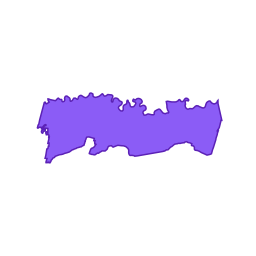 Varfu Campului, Botosani, Romania (Natural Earth projection), rotated 131°
{"feature_id": "2599482B97560889775117", "entity_name": "Varfu Campului", "entity_type": "district", "adm_level": 2, "iso_a3": "ROU", "parent_name": "Romania", "parent_adm1": "Botosani", "projection": "natural_earth1", "projection_center": [26.332, 47.846], "detail": "fine", "context": "isolated", "style": "filled", "palette": "violet", "viewbox_px": 256, "rotation_deg": 131, "n_neighbors": 0, "source": "geoboundaries", "source_scale": "gbopen_adm2", "svg_char_len": 5925}
<svg xmlns="http://www.w3.org/2000/svg" viewBox="0 0 256 256"><g transform="rotate(131 128 128)"><path d="M184.7,197.8L187.3,196.5L187.3,196.4L187.3,196.0L186.9,195.7L185.7,195.4L185.2,195.0L184.3,193.7L183.9,193.3L183.1,193.0L181.5,193.1L180.4,193.0L179.5,192.4L179.5,191.8L180.1,191.6L181.0,192.4L181.8,192.4L182.8,191.7L183.7,190.4L184.3,190.4L184.5,190.7L183.8,192.2L184.2,192.9L184.9,193.3L185.4,192.8L185.2,191.9L185.6,191.3L185.8,191.2L186.3,191.4L186.7,191.4L187.4,191.1L187.9,190.5L188.2,189.8L188.0,189.1L187.6,189.0L186.5,189.5L186.1,189.5L185.3,189.3L184.9,188.8L184.5,188.7L182.1,190.0L180.9,188.2L184.6,185.0L184.6,185.4L184.3,186.1L184.3,187.1L184.5,187.2L184.9,187.2L185.7,186.9L186.0,186.1L186.6,185.4L186.7,185.2L185.7,184.3L185.2,183.2L185.3,182.9L187.1,181.7L186.7,181.4L192.2,178.4L191.2,177.6L193.7,175.8L194.0,176.2L195.5,175.3L196.5,175.1L197.1,175.5L202.7,172.0L205.3,170.7L204.2,169.1L207.5,167.6L207.8,167.3L207.4,167.1L207.6,166.7L207.2,166.3L206.7,166.2L206.7,165.9L206.2,165.8L206.2,165.3L205.7,165.1L205.9,164.6L205.4,164.0L203.8,164.3L202.5,164.9L201.8,164.7L199.9,164.9L198.5,164.2L197.9,164.2L197.4,164.4L197.1,164.3L193.7,162.5L192.7,161.8L192.0,161.1L190.5,160.0L188.6,159.1L186.9,157.9L184.5,156.5L181.0,155.7L179.8,154.9L179.4,154.9L178.5,154.4L177.7,153.8L176.7,153.6L174.0,151.8L173.8,151.8L173.4,151.4L172.8,150.9L171.2,150.6L170.2,150.0L169.8,150.1L169.5,150.0L168.9,150.5L168.0,150.7L166.8,151.4L166.3,151.3L165.6,152.0L164.6,152.2L162.8,153.0L162.3,153.0L161.9,153.1L160.4,151.7L158.0,146.6L160.0,145.5L159.2,144.6L160.6,143.8L161.8,142.6L161.3,141.8L161.3,141.5L164.4,141.1L166.1,141.5L167.3,142.2L168.5,142.2L172.6,140.6L172.7,140.4L172.5,139.8L171.6,137.8L171.0,137.1L170.5,136.0L169.8,135.3L167.4,134.7L166.8,134.4L166.5,133.8L166.1,133.6L164.9,133.4L163.7,132.9L162.3,132.5L161.7,131.8L160.4,130.2L157.8,129.8L155.0,130.7L154.4,130.6L153.0,129.6L152.3,129.0L152.2,128.7L152.3,127.5L152.2,126.7L149.5,125.3L148.0,124.5L147.5,124.0L145.8,121.5L144.4,119.7L143.6,117.8L143.4,116.7L143.5,115.8L143.4,115.0L143.8,113.8L144.2,113.0L146.4,111.1L147.2,109.8L147.4,109.0L147.3,108.4L146.0,107.0L145.2,105.7L144.9,105.2L144.9,104.5L143.1,102.8L123.1,86.5L122.0,85.7L121.6,85.7L121.3,85.2L120.0,84.8L119.3,84.8L119.0,84.3L118.2,83.5L114.4,83.3L113.4,82.8L109.7,82.2L108.3,81.2L107.8,80.6L106.8,80.1L106.1,79.4L105.3,78.4L104.4,77.9L104.0,77.4L103.1,76.9L102.4,75.9L101.6,75.9L100.1,75.1L99.7,74.3L99.8,73.9L99.6,73.2L98.5,71.3L98.0,69.5L99.2,69.0L99.5,68.6L99.4,68.1L98.6,66.9L98.7,66.1L99.2,65.0L100.4,64.1L100.7,63.3L100.7,62.9L100.5,62.4L99.5,60.9L98.8,59.0L98.4,56.5L96.9,51.7L96.9,51.2L96.5,50.5L94.0,48.7L92.7,48.1L88.8,50.0L86.8,50.7L79.3,54.0L77.9,54.9L74.5,56.3L72.2,57.7L72.1,58.0L71.7,57.7L71.4,58.7L70.9,58.4L70.9,58.7L70.5,58.9L70.2,58.7L70.0,58.8L70.0,59.1L69.8,59.1L69.6,59.0L67.8,59.4L62.1,62.3L61.3,62.9L60.7,62.2L50.4,76.2L48.2,78.2L49.1,78.2L50.3,77.7L50.9,77.7L51.9,78.0L53.3,78.7L53.7,79.5L54.2,81.4L53.8,83.8L54.4,84.5L55.8,85.1L57.2,85.3L58.9,84.8L61.2,83.7L61.9,83.7L63.0,83.9L63.6,84.5L64.1,85.3L65.2,88.7L65.2,89.3L66.1,90.8L67.3,91.4L69.6,91.6L71.0,91.9L71.6,92.5L72.7,94.1L74.5,95.0L74.9,96.2L74.8,97.7L74.4,98.6L73.3,100.0L72.9,99.9L72.3,100.2L70.7,102.1L69.9,102.3L69.3,102.2L68.9,101.9L68.0,100.3L67.2,100.4L67.0,100.6L66.7,101.5L66.9,103.0L67.5,103.8L68.1,104.1L69.4,104.2L71.1,103.8L72.3,104.2L72.8,104.8L73.1,105.6L73.1,106.0L72.7,106.7L72.8,107.8L73.7,108.2L74.5,108.0L76.6,108.8L77.5,109.6L79.7,112.2L81.8,115.7L82.9,116.5L85.2,113.7L87.1,111.9L88.4,109.9L89.2,107.8L89.6,107.5L90.1,107.4L90.9,108.3L92.8,109.3L93.6,110.9L93.7,111.8L93.0,115.8L93.2,116.7L93.6,117.2L95.3,118.0L97.8,118.8L99.3,118.3L100.3,117.3L101.1,117.3L102.3,118.6L104.1,121.9L104.7,122.4L106.5,123.1L107.5,124.0L107.7,124.4L107.6,124.9L107.2,125.4L106.8,126.6L106.1,127.1L105.5,127.3L104.6,127.3L103.0,126.7L102.4,126.7L101.5,127.1L100.5,128.3L100.3,128.7L100.2,129.7L100.3,130.5L100.7,131.2L101.5,131.9L103.3,132.6L103.7,132.8L103.8,133.2L103.3,134.0L102.3,134.6L101.6,134.6L99.9,134.1L98.8,134.6L98.2,135.5L97.9,136.7L98.1,138.1L98.4,138.8L98.9,139.6L99.9,140.4L101.7,140.8L102.2,141.1L102.4,141.4L102.5,142.5L102.7,142.8L103.0,142.8L104.3,142.3L104.6,141.8L104.5,141.2L103.8,139.7L103.9,138.8L104.3,138.2L105.2,137.9L107.8,137.7L108.2,137.7L108.8,138.2L109.8,139.2L110.0,139.6L110.0,140.3L109.7,141.0L108.3,143.0L108.1,144.6L107.2,146.1L107.3,146.5L107.6,146.7L108.4,146.5L110.0,145.3L110.6,145.1L111.4,145.2L113.3,146.0L114.5,145.9L115.5,145.3L116.9,143.9L117.9,143.4L118.7,143.4L119.5,144.2L119.8,144.7L119.9,145.4L119.6,147.6L119.0,148.5L118.3,148.9L117.4,149.0L115.1,148.4L114.1,148.4L113.2,148.7L112.4,149.4L112.5,150.4L113.1,152.5L112.6,153.9L112.6,154.9L112.8,155.8L113.4,156.9L114.3,157.6L115.1,157.8L116.2,157.7L118.2,156.7L118.7,156.9L118.9,157.3L118.7,158.0L118.1,158.6L116.7,159.3L115.1,159.6L114.0,160.3L113.6,161.0L113.8,162.1L116.0,165.2L118.1,165.7L119.2,166.4L119.4,166.9L119.4,167.3L118.9,169.4L119.1,169.9L122.8,170.5L125.0,171.7L126.3,172.7L126.9,174.0L126.9,175.2L125.4,176.8L125.4,177.1L125.7,178.5L126.3,179.3L127.1,179.6L128.5,179.0L130.5,179.0L132.0,179.3L132.9,179.9L133.3,180.6L133.7,182.1L134.0,184.4L134.2,184.8L134.6,185.3L135.6,185.7L136.6,185.8L137.2,185.7L138.7,184.9L139.5,185.0L139.7,185.3L140.0,187.4L141.0,188.4L141.3,188.5L143.7,188.1L144.9,188.4L145.3,188.7L145.5,189.0L145.4,189.5L144.2,190.7L143.7,191.8L143.9,194.8L144.4,195.6L145.2,196.0L146.1,195.9L147.3,195.3L148.2,194.2L148.7,193.9L149.7,193.7L150.4,194.0L151.0,194.5L151.2,195.1L151.0,195.5L150.2,196.4L150.1,196.8L150.2,197.1L150.8,197.7L151.1,198.3L151.2,199.0L151.1,200.0L151.3,200.3L152.0,200.5L154.7,200.6L155.1,200.8L157.7,205.5L158.1,206.9L158.6,207.5L159.7,206.2L160.2,204.5L162.5,205.1L163.3,205.5L163.4,205.8L163.5,206.2L162.9,207.0L162.8,207.4L163.0,207.7L163.7,207.9L179.8,200.0L183.7,197.8L184.7,197.8Z" fill="#8b5cf6" stroke="#5b21b6" stroke-width="1.5"/></g></svg>